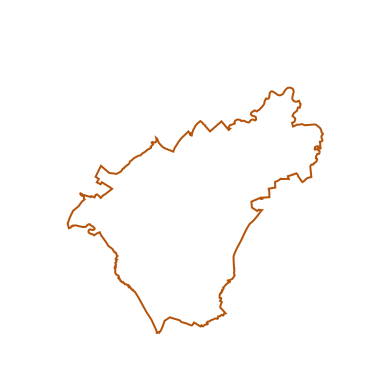 Reghin, Mures, Romania (Albers equal-area conic projection), rotated 210°
{"feature_id": "2599482B84925719631969", "entity_name": "Reghin", "entity_type": "district", "adm_level": 2, "iso_a3": "ROU", "parent_name": "Romania", "parent_adm1": "Mures", "projection": "albers", "projection_center": [24.684, 46.767], "detail": "fine", "context": "isolated", "style": "outline", "palette": "amber", "viewbox_px": 384, "rotation_deg": 210, "n_neighbors": 0, "source": "geoboundaries", "source_scale": "gbopen_adm2", "svg_char_len": 6037}
<svg xmlns="http://www.w3.org/2000/svg" viewBox="0 0 384 384"><g transform="rotate(210 192 192)"><path d="M162.3,325.6L162.2,323.1L162.4,321.9L164.1,319.7L165.5,319.1L167.0,319.0L169.1,319.3L172.2,319.4L173.3,319.1L174.0,318.1L174.1,316.3L172.6,313.0L172.4,312.0L172.5,311.1L173.2,310.3L174.6,310.1L174.5,307.0L173.7,304.9L173.6,303.8L173.6,302.7L173.9,300.9L174.8,297.0L175.7,295.7L176.0,294.4L176.4,294.1L178.6,294.0L180.2,290.7L180.3,290.0L180.0,289.0L178.8,288.1L175.8,288.8L174.3,288.8L172.8,287.0L172.8,286.3L173.0,285.7L173.8,285.4L175.4,285.3L176.2,284.8L177.2,283.1L177.2,281.1L177.9,280.4L179.8,279.9L182.2,279.8L183.8,279.0L184.7,278.1L186.2,278.5L188.2,277.9L189.4,277.0L190.2,275.3L190.2,274.1L190.2,273.7L189.2,272.8L190.8,270.7L192.6,268.8L192.5,265.6L192.3,264.9L190.8,265.7L191.2,264.1L201.8,267.9L206.7,253.5L213.6,255.8L213.8,256.2L214.3,256.4L216.3,256.5L217.2,257.1L220.2,257.6L221.6,253.9L222.1,251.2L221.9,245.9L221.3,243.0L220.5,240.8L221.5,240.4L222.3,240.6L222.7,241.0L222.6,241.9L222.7,242.1L223.1,242.2L223.6,241.8L225.4,242.6L228.2,232.9L228.7,228.5L229.0,221.3L228.4,217.6L237.2,216.3L240.1,216.3L245.2,217.9L248.8,220.7L250.0,220.9L249.3,220.2L248.5,218.9L248.3,216.8L249.0,216.5L249.9,215.7L251.0,215.7L251.3,215.4L251.7,214.7L250.8,214.2L250.1,214.7L249.6,214.0L249.5,213.6L250.4,210.7L249.7,210.1L249.6,209.7L252.0,205.8L252.3,204.4L252.9,203.0L254.3,200.6L254.8,198.1L256.4,196.8L259.2,192.3L259.9,189.9L260.5,188.4L261.0,187.6L260.9,186.7L260.6,186.1L260.8,184.4L261.5,182.9L261.8,182.6L261.8,182.2L263.0,179.0L262.8,178.8L262.8,178.4L263.6,177.2L263.7,174.5L265.6,171.1L266.6,169.9L272.2,167.5L273.5,167.2L283.9,169.1L283.1,157.0L279.2,156.7L279.3,152.8L275.0,153.0L275.0,155.3L266.2,155.1L262.8,154.8L266.4,145.9L267.1,145.1L267.3,144.1L267.8,143.2L267.8,141.9L268.1,141.2L270.8,142.1L273.0,142.5L273.4,142.1L273.6,141.3L274.0,141.1L273.7,138.6L276.7,138.2L276.8,137.7L277.5,137.5L277.4,137.0L284.9,135.1L287.9,135.1L287.8,134.4L286.0,133.7L283.4,134.1L282.4,132.4L281.3,131.9L282.6,128.4L283.1,123.1L285.6,116.1L285.0,108.4L283.9,102.9L283.6,102.4L283.7,102.2L280.5,99.1L279.3,100.5L279.2,102.0L278.7,103.1L278.0,102.9L277.5,103.9L276.2,104.9L269.9,106.8L268.3,107.5L266.5,108.8L266.0,111.3L265.2,112.5L264.3,113.0L263.2,112.5L260.4,112.6L258.0,111.7L257.9,110.9L258.3,110.0L259.3,109.3L261.5,108.7L262.3,107.6L262.2,106.6L261.3,105.3L260.9,105.2L259.0,105.1L256.0,105.8L255.1,105.5L253.7,108.5L251.8,111.0L248.8,108.9L242.2,106.0L239.0,104.4L237.9,103.5L232.4,102.9L230.9,101.9L229.7,101.6L229.1,101.0L228.5,101.3L227.5,101.3L225.4,99.5L224.6,99.5L224.4,99.1L224.7,97.8L224.3,96.6L224.5,96.0L223.5,95.9L224.0,95.4L224.0,95.0L222.8,94.2L222.5,93.5L222.5,93.1L223.0,92.6L222.9,92.1L221.5,91.1L221.4,90.7L221.6,89.9L220.3,89.0L220.3,88.7L221.3,88.5L221.3,88.0L220.7,87.2L219.6,86.5L218.4,84.1L217.6,83.3L216.2,82.6L214.3,82.8L213.5,82.6L213.2,82.4L213.2,81.9L212.6,81.5L213.1,81.4L212.8,80.6L212.4,80.5L211.9,80.8L211.2,80.1L210.4,80.2L209.7,79.3L208.8,79.4L208.4,79.0L207.8,78.9L207.1,79.5L206.8,79.2L206.1,79.3L205.8,78.9L204.7,79.0L204.1,78.5L203.3,79.1L201.1,79.1L200.9,79.5L200.4,79.6L200.1,79.5L200.3,79.1L200.2,78.8L199.7,78.8L199.5,78.4L199.2,78.5L199.0,78.0L198.3,78.6L198.1,78.2L197.1,78.3L196.6,77.9L195.4,77.7L195.2,77.4L194.3,77.8L193.7,77.2L191.5,77.0L185.7,73.9L171.7,65.4L163.4,61.2L153.8,54.4L152.9,53.6L152.1,52.3L151.8,52.3L150.9,54.0L150.0,53.8L149.9,55.7L149.7,56.7L150.3,61.4L151.3,66.8L148.6,72.3L139.1,74.6L138.5,74.7L136.2,74.1L131.9,75.2L126.0,76.1L125.2,76.7L124.9,80.0L117.6,79.8L117.4,81.1L117.1,81.4L116.1,80.8L115.2,81.2L114.9,82.3L114.2,83.9L112.4,85.1L112.5,85.8L113.9,86.4L113.5,87.7L112.2,88.7L111.3,90.7L110.0,92.1L109.0,93.7L107.6,94.7L107.0,94.7L106.4,95.1L106.4,95.8L106.9,96.6L107.1,97.4L105.5,98.6L105.1,100.2L104.8,100.5L103.5,100.5L103.1,100.8L103.4,102.6L102.2,103.7L104.6,104.5L109.8,106.1L110.5,107.8L111.2,111.7L113.3,111.7L113.2,113.6L113.5,114.4L113.8,114.7L114.8,114.1L115.2,114.3L115.8,115.1L116.5,116.7L116.8,117.8L116.2,118.8L116.7,119.4L116.6,120.0L116.3,120.1L116.1,121.0L116.8,121.5L117.0,122.4L116.4,122.9L116.4,124.2L117.2,124.8L116.8,125.9L116.4,128.4L115.5,131.1L114.3,132.8L114.4,133.4L114.8,133.5L117.6,132.9L116.2,133.7L115.1,134.7L113.7,136.9L113.4,138.2L113.5,139.9L113.3,141.1L115.2,142.8L115.5,144.2L116.5,145.6L117.3,147.3L117.7,147.3L121.2,152.7L123.4,156.3L123.9,157.3L124.2,158.7L124.9,164.5L125.2,173.9L126.2,185.7L126.2,191.6L126.0,193.4L124.6,197.6L123.5,203.3L122.7,210.3L122.4,211.2L125.4,210.0L126.0,208.2L132.4,208.5L135.7,213.4L129.8,221.3L129.0,220.4L128.7,220.5L127.6,221.4L128.2,222.3L122.4,226.2L125.0,230.6L127.2,233.2L122.1,237.5L125.1,242.2L122.9,245.2L121.7,248.0L121.1,247.9L116.5,250.8L114.6,251.6L116.9,253.6L113.6,257.1L113.7,257.4L112.8,258.0L111.1,260.3L109.1,259.8L107.9,258.7L101.4,255.7L100.4,257.6L99.9,259.7L99.2,261.5L98.2,262.7L96.1,264.6L102.3,273.2L102.4,273.6L102.4,275.1L101.9,275.7L100.9,276.2L100.6,276.8L100.6,277.3L100.9,277.4L100.9,277.7L99.8,279.5L99.5,281.0L100.0,283.0L100.4,283.3L101.5,283.1L102.0,283.9L102.4,285.3L102.5,287.7L101.2,288.4L101.0,289.1L101.6,290.8L102.3,291.2L105.4,291.5L105.8,291.3L106.6,290.2L106.9,290.2L107.3,290.5L107.8,292.1L107.8,292.8L106.2,294.4L105.4,294.6L105.0,293.6L103.8,293.3L102.8,293.5L102.5,293.8L102.5,294.3L104.0,296.0L105.0,297.9L106.4,299.2L106.4,299.6L105.2,300.5L104.8,300.9L104.8,301.4L105.1,302.3L107.2,304.0L107.7,304.8L107.9,306.2L107.5,307.4L108.1,308.1L109.7,308.5L110.4,309.5L111.7,310.7L113.4,311.5L118.4,312.3L119.9,311.6L127.5,306.3L130.6,305.8L133.4,303.5L134.7,302.9L136.3,300.3L137.3,299.2L139.9,301.9L138.5,303.8L138.5,305.0L139.1,306.9L139.7,307.4L141.0,307.8L142.9,308.0L143.1,308.6L143.2,310.0L143.1,311.6L141.8,314.5L141.8,315.4L142.5,318.1L142.1,318.5L140.9,318.8L141.8,322.2L142.0,322.1L144.9,324.5L146.8,322.3L147.8,321.9L149.0,321.7L150.4,322.0L151.7,322.8L152.5,324.3L153.9,329.3L154.6,330.5L156.3,331.7L158.2,331.7L159.9,331.1L161.3,329.8L161.9,328.3L162.3,325.6Z" fill="none" stroke="#b45309" stroke-width="2"/></g></svg>